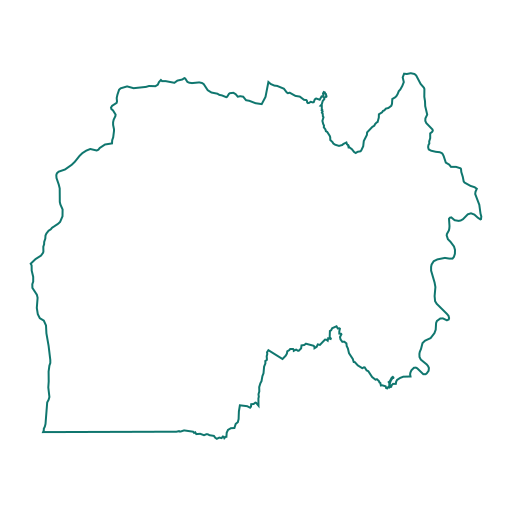 the district of Trujillo, Valle del Cauca, Colombia
{"feature_id": "7082276B51151260265899", "entity_name": "Trujillo", "entity_type": "district", "adm_level": 2, "iso_a3": "COL", "parent_name": "Colombia", "parent_adm1": "Valle del Cauca", "projection": "equal_earth", "projection_center": [-76.307, 4.233], "detail": "fine", "context": "isolated", "style": "outline", "palette": "teal", "viewbox_px": 512, "rotation_deg": 0, "n_neighbors": 0, "source": "geoboundaries", "source_scale": "gbopen_adm2", "svg_char_len": 5977}
<svg xmlns="http://www.w3.org/2000/svg" viewBox="0 0 512 512"><path d="M436.7,303.8L435.1,301.2L434.6,296.1L435.4,287.1L434.6,282.6L431.1,270.6L431.1,266.9L431.6,264.5L433.7,261.2L437.4,259.4L444.9,257.9L449.3,258.6L452.5,258.6L453.9,256.9L454.9,253.8L455.0,249.9L454.0,246.5L450.5,241.8L447.9,239.2L446.7,235.5L446.9,234.0L448.9,230.4L449.3,228.5L449.5,226.2L449.0,218.8L449.9,217.7L451.3,217.4L454.6,220.2L458.6,220.9L460.7,220.5L463.0,219.2L467.8,214.3L471.0,213.3L474.4,214.6L477.7,217.6L480.4,219.4L481.0,219.1L481.3,216.5L480.5,213.6L479.3,204.8L475.2,194.0L475.5,191.7L476.8,188.8L474.6,187.2L470.5,185.9L464.6,182.6L463.7,181.5L462.8,176.9L461.3,172.0L461.0,169.0L460.5,168.3L456.1,166.9L451.0,166.9L449.2,164.6L445.8,162.6L443.7,156.2L442.7,154.1L441.8,153.1L439.7,152.2L435.8,151.8L431.1,150.7L428.8,149.5L428.2,147.7L428.2,146.4L428.5,144.9L429.3,143.6L429.2,141.4L430.2,138.2L430.2,133.4L432.1,131.9L432.8,130.7L432.5,129.5L426.3,123.1L425.3,120.9L425.4,118.4L427.2,114.6L425.2,106.1L425.0,101.2L424.3,96.8L424.4,89.0L423.9,87.7L420.6,83.9L416.2,75.5L414.5,74.0L410.8,73.2L406.8,74.0L404.1,73.7L402.7,77.4L403.8,82.1L402.3,85.9L400.3,89.5L398.8,91.1L397.6,94.1L396.4,96.1L395.2,97.3L392.3,99.0L392.0,103.8L391.3,105.8L388.4,108.0L385.9,108.6L384.3,110.4L383.0,110.9L382.1,112.3L378.9,114.3L378.8,117.6L377.6,122.0L376.6,122.5L375.0,124.2L374.3,125.7L372.3,126.9L367.1,132.4L366.9,134.9L363.8,141.0L363.2,146.3L361.2,150.5L360.5,151.3L357.6,151.8L355.7,153.0L354.1,152.0L351.9,149.2L349.2,147.2L348.7,146.1L348.4,146.6L348.0,145.1L347.0,144.3L346.4,142.5L343.3,144.0L342.3,145.0L339.0,145.9L335.1,144.7L333.3,143.5L332.5,142.1L330.3,140.0L330.2,137.2L329.7,135.8L327.2,131.9L325.9,131.2L325.4,129.4L323.8,127.3L324.0,125.6L323.2,124.0L322.4,120.9L323.5,117.2L322.9,116.4L322.7,113.7L321.9,112.7L322.6,111.7L321.7,110.3L322.3,109.9L321.8,108.9L321.8,105.9L320.6,105.7L321.8,104.3L322.7,101.0L324.3,99.1L324.2,98.1L325.3,96.8L326.3,96.8L326.5,96.3L325.8,93.9L325.0,93.5L324.9,92.5L323.8,92.0L323.0,93.4L323.4,95.1L322.8,96.7L321.6,96.4L319.7,99.7L316.1,98.5L314.8,99.4L313.7,102.2L312.8,102.4L310.7,101.8L309.1,102.9L307.9,103.1L307.2,102.5L307.0,101.0L306.4,100.1L304.0,99.8L299.8,96.6L295.4,95.9L289.7,92.7L287.9,93.2L286.7,92.4L283.9,88.7L277.1,85.9L274.4,85.6L270.7,84.0L268.4,82.0L265.5,96.9L261.7,104.1L255.5,103.2L249.3,100.8L246.0,100.2L243.2,96.7L240.2,96.2L237.8,96.7L235.7,94.2L233.4,92.8L229.9,93.2L229.0,93.8L227.1,96.8L226.3,97.2L221.9,95.4L219.4,94.9L217.4,93.7L211.4,92.5L207.7,90.2L203.7,84.1L202.0,83.0L199.2,82.4L192.0,83.1L189.2,82.7L187.4,81.9L185.2,78.5L184.4,78.1L182.3,79.5L177.4,80.6L174.4,82.8L165.5,81.1L162.0,81.1L160.9,80.0L158.9,82.2L157.8,84.7L155.4,86.2L149.0,86.0L146.0,86.9L133.6,88.2L127.1,86.4L120.7,88.3L119.1,89.7L117.4,94.8L116.7,98.0L117.0,101.4L116.6,102.9L112.1,105.8L111.0,107.6L111.4,109.1L113.0,110.4L115.6,114.6L115.4,116.1L113.7,119.6L113.1,122.2L113.1,124.9L114.0,129.3L114.0,130.9L113.2,137.3L112.2,140.2L112.0,143.4L105.0,144.5L99.7,148.0L98.4,149.7L96.7,150.5L90.3,149.0L86.3,150.6L82.4,153.1L79.6,155.8L74.8,161.8L71.7,164.8L65.0,169.5L58.6,171.7L56.9,173.3L56.3,175.1L56.5,178.0L58.8,184.7L59.7,188.4L59.8,202.0L60.4,204.5L62.6,209.5L62.5,216.3L60.1,221.9L58.2,223.7L52.0,227.8L50.8,229.3L48.6,230.7L46.4,233.5L45.5,235.5L45.3,238.6L44.2,241.9L44.1,244.3L43.3,246.7L43.4,251.5L43.1,252.7L41.0,255.6L35.5,259.1L30.7,263.7L31.6,265.4L31.7,270.6L33.2,276.9L33.2,281.6L32.3,284.2L32.4,287.9L36.9,294.8L37.6,297.8L36.8,307.9L37.8,314.2L39.8,318.2L43.8,320.6L46.0,325.5L46.4,333.3L48.6,345.9L50.3,360.0L50.3,363.0L49.4,365.6L48.6,371.6L48.7,381.5L48.3,387.4L49.4,397.0L48.6,399.8L47.2,402.4L45.5,424.0L44.8,426.7L43.8,428.7L43.8,430.3L43.1,432.1L176.6,431.7L179.0,431.1L179.3,431.5L180.7,431.5L184.1,430.4L193.1,431.7L194.1,432.9L195.2,432.3L196.3,434.1L200.2,433.8L204.0,435.2L206.5,434.2L207.8,434.3L209.5,435.2L213.9,435.9L215.2,437.7L216.8,438.8L219.3,437.6L221.6,438.1L222.8,436.5L223.6,436.7L224.3,438.2L225.5,436.9L226.4,436.8L226.7,432.7L228.0,429.9L230.9,428.2L234.4,428.0L235.7,423.9L237.8,422.2L238.6,419.1L238.9,411.3L239.9,405.3L247.2,406.2L250.1,407.7L251.0,406.6L251.2,404.2L253.6,404.0L255.4,402.6L256.1,402.8L258.5,405.7L258.4,398.5L258.8,396.7L258.5,394.2L259.3,391.4L259.2,387.1L260.4,383.2L261.5,381.2L262.4,376.1L263.5,373.3L264.1,366.6L265.4,363.4L265.3,361.0L266.7,360.1L266.9,359.4L266.7,356.2L267.3,354.0L267.0,352.3L268.4,350.2L282.5,359.0L285.7,355.7L286.9,353.6L287.3,351.3L289.2,350.2L290.2,349.0L293.1,349.0L293.7,349.7L293.8,350.8L296.1,349.6L298.0,350.8L298.8,350.7L301.1,348.4L301.5,345.4L304.3,345.0L305.9,343.7L313.4,345.7L314.4,346.5L314.5,348.2L316.6,346.9L317.8,344.4L319.9,344.9L325.0,339.6L326.4,339.7L327.7,340.7L328.2,338.3L330.6,339.0L330.8,338.5L329.7,337.2L329.9,331.0L331.1,330.3L332.2,328.2L336.5,326.3L337.8,328.5L339.4,328.3L339.9,328.7L339.3,331.4L339.3,333.6L341.1,333.8L341.4,334.3L340.0,337.0L340.5,339.4L342.3,341.8L344.3,341.7L346.4,343.4L346.7,346.0L347.9,348.5L349.0,353.2L352.8,359.0L353.7,362.0L354.8,362.1L357.8,365.4L362.3,368.2L364.0,367.3L364.7,367.4L366.6,370.4L368.3,371.2L372.1,377.0L375.5,379.7L376.9,379.2L379.1,381.3L379.4,382.4L380.3,382.9L380.9,385.5L382.2,385.3L385.3,386.2L385.7,386.4L386.2,388.1L387.3,388.4L388.2,387.1L389.1,387.4L389.4,383.4L388.7,382.1L389.8,381.3L391.7,377.7L392.8,376.9L393.4,377.5L393.3,378.0L392.5,378.1L390.9,380.5L390.0,382.8L389.5,386.3L389.9,386.3L389.8,387.1L391.2,386.8L391.6,385.3L393.0,383.9L395.8,383.9L396.2,381.5L397.1,379.9L400.2,377.9L403.3,376.7L410.5,376.5L410.1,374.3L410.4,372.6L411.4,370.3L413.9,367.8L415.8,367.6L417.2,368.3L423.3,374.2L425.6,374.2L426.7,373.4L428.6,370.8L428.9,368.0L428.1,366.2L426.8,364.5L420.8,359.6L419.5,357.0L419.4,353.9L419.8,351.8L421.0,349.0L422.5,343.1L425.0,340.7L430.6,338.1L434.4,333.2L435.7,329.7L436.1,323.0L436.9,321.0L440.3,318.5L442.9,318.4L446.9,320.3L448.7,319.5L449.1,318.1L448.5,315.8L447.0,314.0L436.7,303.8Z" fill="none" stroke="#0f766e" stroke-width="2"/></svg>